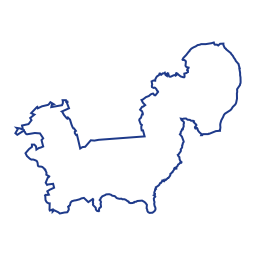 Guaranda, Sucre, Colombia (Albers equal-area conic projection)
{"feature_id": "7082276B46316322938304", "entity_name": "Guaranda", "entity_type": "district", "adm_level": 2, "iso_a3": "COL", "parent_name": "Colombia", "parent_adm1": "Sucre", "projection": "albers", "projection_center": [-74.667, 8.394], "detail": "fine", "context": "isolated", "style": "outline", "palette": "blue", "viewbox_px": 256, "rotation_deg": 0, "n_neighbors": 0, "source": "geoboundaries", "source_scale": "gbopen_adm2", "svg_char_len": 5818}
<svg xmlns="http://www.w3.org/2000/svg" viewBox="0 0 256 256"><path d="M213.8,42.5L211.5,43.2L205.9,44.1L201.2,44.1L199.8,44.7L197.6,45.1L195.7,46.4L193.6,47.3L191.4,48.6L189.7,50.4L189.4,51.3L188.9,51.5L186.2,55.0L183.4,57.9L182.5,59.6L182.7,59.9L184.2,60.0L185.5,60.8L185.9,61.7L185.5,65.7L185.9,66.5L186.7,67.1L188.6,67.6L188.4,68.4L187.3,69.3L187.1,70.1L187.9,70.6L187.9,72.9L187.8,72.6L187.3,72.4L186.5,73.0L184.3,73.6L184.3,74.1L184.6,76.2L184.4,77.1L184.1,77.3L183.1,77.2L180.6,76.4L177.5,73.9L176.3,75.2L175.6,75.6L175.4,75.2L177.0,73.4L176.4,73.1L176.1,73.3L176.3,73.7L176.0,74.2L175.2,75.0L173.6,75.3L170.7,76.7L169.4,76.6L168.6,75.4L167.9,75.5L168.2,74.9L167.2,74.9L168.0,73.4L167.7,73.3L167.6,73.7L166.5,73.9L166.8,74.3L166.6,75.0L166.8,75.2L166.8,75.8L165.6,75.0L164.8,72.7L163.9,73.4L162.6,73.4L161.3,74.8L161.0,74.8L160.1,73.5L159.6,73.5L158.9,75.2L157.2,76.2L156.3,77.3L155.3,79.3L155.2,80.7L153.4,80.5L151.6,81.4L152.2,84.5L151.8,85.9L152.0,87.1L153.6,87.9L154.6,87.6L155.1,87.8L156.5,89.3L157.1,90.8L157.9,91.3L158.1,91.9L155.4,95.3L154.4,95.2L153.2,93.6L152.4,93.7L150.7,94.4L148.9,96.0L146.0,97.1L143.0,99.4L141.5,100.0L142.9,102.7L145.2,105.1L143.2,106.6L142.1,106.8L140.1,109.7L141.2,110.7L142.0,111.2L142.8,113.3L142.8,114.4L142.0,114.4L141.0,117.7L139.6,119.0L139.2,120.1L140.7,124.1L141.9,125.0L141.3,126.3L141.3,128.2L141.7,130.4L143.0,130.4L144.6,136.4L98.8,139.8L94.4,140.6L90.8,140.3L85.2,146.8L82.4,147.1L80.2,148.5L77.0,134.8L76.2,135.1L75.9,134.8L74.8,133.1L74.8,131.6L75.9,130.9L73.9,128.3L73.3,128.3L72.5,127.0L71.5,124.5L70.0,119.6L67.9,117.5L67.2,118.6L66.7,118.2L64.0,115.0L62.2,111.7L61.9,111.5L69.0,108.3L66.9,102.8L67.6,102.1L67.4,101.5L66.2,101.8L65.9,100.2L62.6,100.2L62.9,101.6L62.8,103.4L62.0,105.2L51.3,107.1L51.8,104.8L53.7,104.2L50.4,102.2L48.9,104.2L48.0,104.9L42.0,106.3L37.8,108.3L37.3,106.9L36.8,107.2L31.2,113.1L32.5,113.8L34.4,114.6L30.2,118.0L31.5,120.2L28.5,124.1L22.0,125.5L22.8,128.9L21.5,129.1L19.9,128.4L16.6,127.9L17.8,129.1L15.4,133.2L17.3,134.8L24.0,130.5L24.2,131.4L24.9,131.9L25.4,133.1L26.2,134.0L27.0,134.3L34.8,133.0L40.0,133.4L43.2,138.3L41.5,140.1L43.2,146.5L40.6,147.6L38.9,148.0L36.4,149.6L36.0,146.4L34.3,144.6L31.9,144.6L32.0,146.8L29.0,149.1L25.5,153.2L26.9,156.0L29.8,158.7L31.4,159.6L33.0,159.5L34.1,159.8L35.9,160.5L37.0,161.3L37.6,163.0L37.9,165.5L38.3,166.2L39.2,166.5L41.1,166.6L42.4,167.0L44.9,169.2L45.1,169.5L44.8,169.6L45.6,170.7L46.5,172.7L46.3,174.7L49.2,176.4L48.7,177.2L47.8,177.6L45.7,182.7L47.1,184.9L48.0,184.5L53.1,183.8L54.1,187.7L49.8,189.7L47.3,191.3L48.9,194.7L47.8,194.9L45.5,194.9L45.0,195.5L45.3,196.1L45.5,200.0L46.3,201.6L47.2,202.6L48.8,203.4L49.7,203.4L49.5,209.6L49.8,210.5L52.6,209.5L52.6,211.7L54.1,210.2L58.4,212.3L59.8,213.5L64.5,212.5L67.1,212.3L67.5,212.0L68.7,209.8L68.8,208.9L68.2,206.9L68.7,206.8L68.8,206.0L69.9,205.4L70.6,202.5L71.9,201.2L74.3,200.5L75.9,200.3L79.6,199.3L81.4,198.4L83.9,197.9L88.3,202.1L93.5,198.5L93.1,199.1L93.2,200.4L92.8,202.2L93.2,203.3L92.9,204.4L93.1,205.1L95.7,207.7L95.9,209.6L96.8,210.6L97.2,211.0L98.8,211.2L99.1,210.9L98.9,210.1L99.2,208.5L99.7,207.7L100.3,207.6L101.0,206.8L100.8,204.7L100.5,204.0L101.0,202.0L100.3,200.5L99.7,200.0L100.6,198.9L100.6,198.3L102.3,196.3L105.1,195.1L106.2,194.4L109.2,194.2L111.1,194.8L112.2,195.7L114.6,196.1L115.3,196.6L116.5,197.9L117.3,198.3L119.4,198.8L121.5,198.7L122.5,199.3L124.1,199.2L125.6,199.7L127.5,201.1L128.4,201.4L128.7,202.2L129.1,202.3L129.2,202.7L130.4,203.1L132.8,203.0L133.5,202.5L134.1,202.5L134.4,201.9L136.2,201.7L137.3,201.0L142.1,200.6L144.2,201.8L145.3,202.7L146.9,204.8L146.6,208.3L147.2,209.5L147.3,210.8L148.2,212.2L149.6,212.9L152.5,212.7L154.5,211.1L155.4,209.7L155.5,208.6L155.3,207.4L154.6,206.0L154.2,203.8L154.5,202.1L154.0,200.4L153.8,198.6L154.6,197.0L155.2,196.8L155.3,196.5L154.7,195.6L154.0,195.2L154.5,194.9L155.0,194.2L155.0,193.9L154.5,193.8L154.3,193.4L154.3,192.5L154.7,191.2L155.1,190.5L155.1,189.6L155.6,189.3L155.5,188.9L155.9,188.8L155.7,188.3L155.9,187.8L155.8,187.3L157.5,186.3L159.3,184.8L160.0,183.2L161.1,182.8L161.2,182.4L161.8,181.7L162.3,180.6L162.9,181.0L163.3,180.5L163.5,180.9L164.1,181.2L164.5,180.5L165.1,180.3L165.2,179.6L166.1,179.7L166.2,179.4L166.8,179.1L167.8,178.0L168.4,178.0L170.2,175.5L170.4,173.8L171.3,173.3L171.8,172.5L172.5,172.2L172.6,171.7L173.9,169.9L174.2,169.4L174.1,168.8L174.6,167.9L175.0,167.8L175.6,168.7L176.4,168.6L176.4,167.0L177.4,166.2L178.1,164.6L179.3,163.8L180.1,162.8L181.0,162.9L181.4,162.6L181.5,162.1L180.5,161.3L179.6,159.3L179.4,157.1L178.5,156.3L177.8,154.9L178.6,154.4L178.9,153.8L180.7,151.4L180.9,150.6L180.7,149.4L182.1,147.5L182.2,146.0L182.1,145.3L182.6,144.8L182.8,143.2L183.5,142.3L183.7,141.5L181.9,136.6L179.9,134.3L180.7,133.3L180.7,132.1L181.5,130.9L182.0,129.4L182.7,129.5L182.9,129.2L183.0,128.2L183.7,126.4L183.6,124.2L184.0,123.0L183.7,121.7L181.6,120.1L181.0,118.7L182.6,119.0L183.8,118.6L186.0,118.5L187.5,119.7L189.9,119.9L191.0,120.7L193.2,120.8L194.0,121.2L193.7,122.2L196.3,124.7L196.4,125.1L196.3,125.5L195.1,126.8L194.9,127.2L195.0,127.8L195.4,128.5L195.8,128.6L196.5,127.9L197.0,128.0L197.6,129.0L197.9,130.4L199.4,132.3L201.4,134.0L201.5,134.5L201.2,135.2L202.2,135.2L203.1,134.1L208.1,134.1L208.7,133.7L209.2,133.8L215.9,131.1L220.0,130.8L219.9,129.7L220.1,129.6L220.4,127.5L220.2,124.8L220.4,123.4L221.3,120.3L223.1,117.0L223.9,115.0L224.9,113.7L230.2,110.3L231.2,109.4L232.8,106.9L235.3,104.5L236.1,102.9L237.0,98.6L236.9,93.3L237.2,92.0L237.1,89.2L240.0,85.0L240.1,84.0L240.5,83.2L240.6,81.9L240.5,77.3L240.1,75.2L240.1,72.8L239.3,68.4L239.7,68.3L238.6,64.6L238.7,64.2L235.7,60.8L235.2,59.5L233.9,57.8L232.9,55.9L231.1,53.8L230.9,53.2L226.0,49.2L225.9,48.7L224.7,47.9L223.4,45.0L223.4,43.6L220.1,43.8L218.2,45.5L217.0,44.7L214.8,44.7L214.4,44.3L213.8,42.5Z" fill="none" stroke="#1e3a8a" stroke-width="2"/></svg>